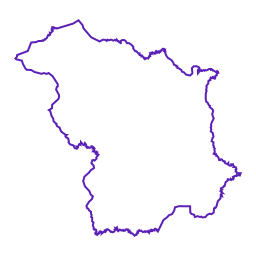 Wanon Niwat, Sakon Nakhon, Thailand (Mercator projection)
{"feature_id": "78962969B40575496973623", "entity_name": "Wanon Niwat", "entity_type": "district", "adm_level": 2, "iso_a3": "THA", "parent_name": "Thailand", "parent_adm1": "Sakon Nakhon", "projection": "mercator", "projection_center": [103.753, 17.629], "detail": "fine", "context": "isolated", "style": "outline", "palette": "violet", "viewbox_px": 256, "rotation_deg": 0, "n_neighbors": 0, "source": "geoboundaries", "source_scale": "gbopen_adm2", "svg_char_len": 5756}
<svg xmlns="http://www.w3.org/2000/svg" viewBox="0 0 256 256"><path d="M216.9,71.2L215.9,72.0L213.2,70.3L212.8,70.5L212.1,69.5L211.0,69.8L211.0,69.0L209.1,69.0L206.6,70.4L205.1,70.0L204.6,70.7L203.6,70.1L202.1,71.0L201.6,70.3L201.1,70.9L199.2,70.9L199.3,71.5L198.0,73.2L197.8,70.3L198.3,69.5L199.7,69.1L199.2,67.5L196.6,66.2L193.7,66.3L191.9,68.1L192.4,73.0L192.0,73.8L190.0,75.5L186.2,74.7L183.9,72.3L182.0,71.7L181.4,70.1L178.6,68.2L177.5,68.1L177.3,66.4L176.4,66.5L176.2,65.6L173.8,64.6L173.4,62.8L171.5,60.1L167.8,57.8L166.2,55.5L164.9,52.0L165.4,51.7L165.1,50.4L164.4,50.6L164.8,49.8L164.1,49.9L164.4,49.2L163.8,48.8L163.4,49.1L164.0,49.6L162.5,48.9L160.6,51.5L160.2,50.9L159.8,51.3L159.1,52.6L158.5,52.0L157.7,52.5L157.8,51.7L157.1,52.0L157.3,51.6L156.2,51.0L155.4,53.2L154.8,52.7L154.3,53.5L153.4,53.0L153.0,53.6L152.3,52.3L151.7,52.5L151.9,53.1L150.2,53.2L150.8,54.2L150.0,54.7L150.3,56.2L149.9,56.4L149.5,55.9L148.9,56.4L149.0,57.2L148.1,58.5L147.0,58.0L144.8,59.2L144.1,58.5L144.4,57.7L143.6,57.6L142.4,56.1L141.6,56.3L141.8,55.5L139.7,55.1L139.6,53.4L138.6,53.7L136.4,51.2L135.2,51.2L133.2,48.4L133.3,46.9L131.6,44.9L129.0,43.1L127.0,43.2L125.8,41.2L124.4,40.1L122.3,40.0L120.8,40.9L120.8,44.0L120.2,41.6L119.2,42.1L118.4,41.0L117.6,41.1L116.6,39.4L115.7,40.4L115.0,39.9L113.4,40.6L111.0,39.6L108.9,40.3L107.4,39.7L106.7,40.9L105.3,39.9L102.8,39.7L99.7,41.5L91.2,37.3L83.5,28.3L82.6,25.2L78.5,20.3L73.1,23.6L56.9,28.5L56.4,28.1L54.7,28.4L54.8,27.9L53.6,27.2L52.2,27.2L52.3,28.7L51.6,29.0L51.7,29.9L52.6,29.7L52.7,31.1L50.8,32.9L49.9,32.7L50.1,34.6L48.7,34.8L49.0,35.4L47.7,35.9L46.9,37.9L45.0,39.6L44.7,39.3L43.4,40.7L42.5,40.3L41.8,41.0L38.5,41.0L36.1,42.1L31.2,42.5L27.8,51.0L17.1,55.1L17.0,56.7L15.4,58.5L16.2,59.3L21.8,60.6L23.0,64.1L25.4,68.5L26.7,69.8L31.2,70.0L34.5,72.0L41.5,73.8L43.9,73.1L46.6,73.9L48.6,73.0L52.7,76.3L57.8,84.3L57.7,86.5L56.8,87.0L56.1,89.7L58.9,94.7L59.1,97.0L58.3,99.1L52.2,104.7L52.0,108.2L48.9,110.1L50.2,111.0L51.5,115.8L53.2,118.7L53.6,121.4L56.5,123.9L56.2,124.3L57.1,126.2L59.6,127.6L61.0,131.4L65.8,135.0L66.6,135.0L65.4,136.2L66.3,137.6L67.3,137.7L68.2,138.6L68.9,141.4L68.5,142.3L70.1,144.4L73.4,145.4L74.6,148.0L76.7,148.7L77.9,147.5L77.0,146.6L77.8,146.7L79.2,144.3L80.1,144.7L79.8,143.9L81.0,143.6L81.0,142.2L83.4,145.1L84.1,145.0L84.9,143.1L86.1,144.6L86.4,146.4L87.3,146.4L86.7,146.7L87.4,146.9L86.8,147.3L87.0,147.8L89.7,147.8L91.8,147.0L91.6,146.3L92.4,146.3L93.1,147.2L92.9,148.0L93.8,147.6L94.5,148.5L93.5,149.2L93.9,149.8L93.1,151.2L94.5,151.0L94.4,151.8L96.5,152.4L96.8,151.8L97.3,152.2L96.4,153.2L97.7,154.2L96.6,154.3L98.0,155.2L96.3,157.4L96.5,158.7L94.5,160.6L93.5,160.0L92.4,160.2L91.4,163.1L93.6,165.6L94.0,168.1L90.6,170.4L88.9,172.7L84.4,176.7L83.2,181.1L84.9,186.3L89.3,191.0L90.9,194.8L92.9,196.4L91.9,199.1L88.9,201.9L86.4,206.0L87.2,208.4L88.3,208.7L89.2,210.5L91.0,211.8L90.9,213.3L91.6,215.0L91.1,216.9L92.2,217.6L92.1,221.3L93.5,222.6L92.8,225.4L93.7,227.3L93.7,229.0L94.2,229.6L94.6,229.1L96.0,229.7L96.5,231.2L95.3,232.9L95.4,233.9L96.1,234.4L96.6,233.9L97.2,234.8L99.5,233.1L98.7,232.7L100.0,231.4L100.6,232.4L101.7,231.8L102.3,232.6L102.1,233.3L104.2,231.5L105.3,232.1L106.1,230.9L105.6,230.3L105.1,230.8L104.9,230.3L106.8,229.9L106.7,228.5L107.2,229.8L108.5,229.6L110.9,232.0L111.6,231.6L112.4,232.3L113.9,231.8L115.0,230.5L114.7,229.7L115.7,229.5L115.5,228.8L116.1,229.3L115.9,228.2L116.9,227.3L117.8,229.9L117.2,230.1L118.2,231.2L119.9,229.6L121.2,230.5L122.2,230.0L123.0,230.7L123.7,230.1L124.0,230.8L125.1,230.6L126.2,229.3L126.8,229.7L127.8,229.4L128.0,230.3L128.6,230.3L128.6,231.4L129.4,231.0L129.2,232.3L130.0,232.5L129.7,232.9L130.6,232.3L130.9,233.3L132.4,233.4L134.6,235.7L135.9,234.5L136.5,234.8L137.3,232.3L137.7,233.1L138.1,232.9L138.0,232.1L139.2,230.2L140.1,231.0L141.9,230.4L141.4,230.9L142.9,232.1L144.9,231.2L145.2,232.0L146.8,231.4L147.3,231.8L148.1,231.0L149.1,232.8L150.2,230.4L151.2,231.2L152.0,231.1L151.8,229.8L154.5,230.5L154.6,229.0L155.1,228.7L157.0,229.6L156.8,230.4L157.9,231.5L163.4,220.1L167.3,217.1L169.0,215.2L172.2,214.0L174.2,210.5L175.0,207.3L178.9,206.2L190.1,206.3L190.3,212.4L191.3,213.8L194.1,214.8L194.9,217.0L197.4,216.2L200.2,217.0L201.1,216.6L202.4,217.4L205.4,217.1L207.3,214.8L209.6,213.7L211.3,214.2L213.7,212.6L214.0,208.8L214.6,207.7L215.4,208.0L216.4,206.6L217.8,201.2L220.4,198.5L221.1,195.1L221.9,195.7L221.7,194.9L220.8,194.7L221.8,192.7L222.3,192.8L220.8,191.4L221.5,191.2L221.0,190.4L221.8,189.8L221.2,189.6L220.9,188.3L223.2,187.3L223.9,186.0L224.6,186.0L225.6,182.2L227.7,180.5L227.7,179.3L230.1,179.7L230.6,178.9L231.3,179.8L232.4,178.8L232.3,179.4L233.2,179.4L233.8,177.8L233.1,176.8L235.3,175.8L236.4,176.0L236.6,175.3L236.8,175.8L238.0,175.1L239.8,175.5L240.6,173.2L238.3,173.2L235.6,171.5L236.1,170.1L235.7,169.6L236.4,169.0L236.0,167.4L233.5,167.0L234.0,166.3L233.0,165.1L233.0,164.3L231.1,164.3L231.0,165.6L229.6,165.6L228.4,164.8L228.3,163.2L227.6,164.1L225.4,163.3L224.6,162.6L224.8,161.4L222.9,160.9L221.8,159.4L220.6,159.4L220.0,160.2L219.1,160.0L218.5,157.6L216.8,155.5L216.3,155.7L216.0,154.2L215.2,154.5L213.9,153.9L214.7,153.3L214.3,152.7L214.8,152.0L214.4,149.8L214.8,148.6L213.7,147.4L213.9,146.1L213.2,145.3L213.5,142.3L211.6,141.2L212.5,138.1L213.5,136.8L212.8,133.1L210.8,131.4L211.3,129.4L210.7,127.3L211.3,126.6L211.0,124.7L211.6,122.8L213.7,118.5L212.2,114.4L213.1,111.1L212.6,109.4L209.7,107.1L209.9,105.7L208.9,105.2L207.5,102.5L206.3,101.8L205.7,98.9L205.8,93.6L206.6,90.7L206.1,90.0L206.7,87.5L206.3,86.2L208.2,83.5L208.5,80.7L210.4,80.1L210.2,78.8L210.7,77.8L211.1,78.2L212.4,77.2L212.6,77.8L213.1,77.4L213.3,78.2L214.8,78.7L215.3,77.9L214.9,77.2L215.3,76.1L216.7,75.3L216.4,74.8L217.4,72.9L218.3,72.8L217.9,71.7L217.1,71.8L216.9,71.2Z" fill="none" stroke="#5b21b6" stroke-width="2"/></svg>